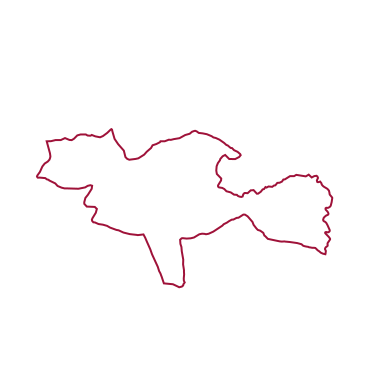 outline of Jalpatagua, Jutiapa, Guatemala, rotated 316°
{"feature_id": "79465075B35053973506085", "entity_name": "Jalpatagua", "entity_type": "district", "adm_level": 2, "iso_a3": "GTM", "parent_name": "Guatemala", "parent_adm1": "Jutiapa", "projection": "orthographic", "projection_center": [-89.986, 14.11], "detail": "fine", "context": "isolated", "style": "outline", "palette": "rose", "viewbox_px": 384, "rotation_deg": 316, "n_neighbors": 0, "source": "geoboundaries", "source_scale": "gbopen_adm2", "svg_char_len": 4558}
<svg xmlns="http://www.w3.org/2000/svg" viewBox="0 0 384 384"><g transform="rotate(316 192 192)"><path d="M204.6,133.6L203.5,133.9L199.6,132.7L196.1,131.0L193.1,131.9L187.4,131.6L183.5,131.9L176.8,130.5L174.5,129.1L169.3,125.2L168.4,123.1L168.4,121.6L168.4,120.6L171.7,114.9L172.1,106.3L173.2,100.0L177.0,92.8L177.5,92.1L177.8,91.5L177.7,90.8L177.0,90.6L172.1,90.6L166.8,89.9L163.9,88.8L161.1,84.8L159.5,81.3L158.3,81.1L157.4,80.3L156.1,78.8L155.6,76.9L151.8,73.2L148.8,71.6L144.0,71.7L141.5,71.1L140.0,69.4L138.1,65.0L133.7,63.5L130.0,59.9L125.9,57.5L122.7,54.6L116.7,65.5L114.9,68.0L113.8,68.8L112.0,69.7L109.4,69.9L105.8,69.2L102.1,69.7L96.6,71.9L92.2,72.7L91.3,73.1L91.1,73.6L91.0,74.2L91.1,74.7L92.0,75.4L93.2,76.7L96.1,80.1L96.4,82.1L97.3,83.6L97.3,84.5L99.6,90.8L99.5,94.3L101.2,98.3L102.9,101.0L104.8,102.8L112.6,110.8L118.4,114.5L121.2,115.1L123.6,116.5L124.5,118.1L122.1,120.0L115.2,121.7L111.2,122.2L107.4,124.5L106.3,125.7L106.2,129.4L111.7,135.2L111.8,138.1L110.9,138.6L108.4,140.1L102.2,141.7L100.7,142.4L100.1,143.4L100.0,145.3L101.0,146.4L102.5,150.1L105.2,153.6L107.4,157.4L108.3,160.6L111.3,166.8L112.6,168.6L114.5,173.5L118.0,179.1L122.3,184.3L123.1,185.4L127.6,188.8L126.6,192.3L125.0,196.5L122.2,204.2L120.0,209.0L115.4,222.1L113.4,226.1L112.7,228.7L111.7,230.9L111.5,231.5L108.3,238.2L114.2,245.1L115.8,249.3L116.2,250.4L116.6,251.6L119.0,253.0L120.7,253.1L121.7,252.4L123.9,252.0L124.5,250.2L125.7,248.8L126.2,248.3L129.1,245.8L130.7,243.9L131.9,242.7L135.3,237.9L138.7,234.6L143.5,227.5L146.2,224.2L147.6,221.3L150.3,218.1L152.3,218.1L153.2,218.7L155.8,221.8L158.9,224.4L161.8,226.1L167.9,227.5L170.3,229.0L172.0,230.9L172.7,232.1L175.0,233.6L179.8,235.3L190.5,237.3L192.4,237.2L195.9,238.3L198.4,238.7L201.4,239.5L202.7,240.6L206.1,241.6L207.6,242.8L213.2,243.9L214.4,245.1L215.1,248.1L215.0,250.4L214.7,255.6L213.5,258.4L213.0,263.0L213.0,265.0L214.2,267.2L214.9,270.9L213.8,273.6L214.0,274.6L214.0,278.4L219.0,285.8L221.0,288.7L222.2,290.1L224.2,291.8L224.6,292.4L227.6,295.9L232.2,301.8L234.5,305.7L234.6,307.7L235.1,308.8L236.0,310.2L236.8,311.3L237.5,312.2L237.8,313.1L238.5,313.9L239.1,314.8L239.7,315.6L240.3,316.2L241.1,317.0L241.8,317.9L241.9,319.1L241.9,320.5L241.9,321.2L242.3,323.0L242.5,325.2L243.4,327.4L244.7,329.4L245.5,328.9L246.3,328.2L247.0,327.7L247.5,327.1L247.7,326.4L247.8,325.8L248.3,325.2L249.2,324.8L249.9,324.7L250.6,324.8L251.5,324.9L252.1,324.9L252.8,324.4L253.1,323.8L253.7,323.2L254.6,322.8L255.2,322.7L256.1,322.6L256.7,322.4L257.7,322.2L258.4,322.0L258.8,321.6L259.0,320.8L259.2,319.3L259.2,314.9L259.2,314.3L259.6,313.7L260.1,313.6L260.8,314.1L261.1,314.5L261.5,315.2L262.2,315.7L263.1,315.9L264.0,315.7L264.4,315.3L264.7,314.8L266.4,310.1L267.1,307.6L267.1,306.5L267.0,305.7L266.7,305.1L266.6,304.6L266.6,303.8L267.1,303.0L267.7,302.7L268.2,302.4L268.8,302.1L269.9,302.0L270.7,302.0L271.4,302.1L272.0,302.1L272.8,302.3L273.2,302.6L273.9,302.8L274.4,302.8L275.0,302.5L275.4,301.8L275.7,301.1L275.8,300.4L275.9,299.3L275.9,298.2L275.9,297.6L276.3,296.9L276.8,296.5L277.6,296.6L278.0,297.1L278.4,297.5L279.1,298.0L280.1,298.3L280.7,298.4L281.4,298.4L282.3,298.2L285.4,296.3L288.8,293.7L289.0,293.1L289.3,289.6L289.6,289.0L290.5,287.8L291.0,286.9L291.4,286.3L291.5,285.8L291.5,284.9L291.6,284.1L291.5,283.6L291.4,283.0L290.6,280.1L290.5,279.5L290.4,278.9L290.4,277.5L290.6,276.6L290.9,276.1L291.2,275.4L291.4,273.5L290.1,272.9L289.4,272.4L289.1,271.7L289.9,270.4L292.4,269.4L293.0,267.9L292.8,266.8L291.0,265.5L288.2,264.7L288.0,260.6L284.7,259.8L278.9,252.1L276.5,251.5L273.6,248.7L267.5,247.4L266.4,246.5L264.0,247.0L261.5,246.2L259.7,244.7L256.6,245.1L255.5,244.3L253.3,244.0L250.9,241.2L248.7,240.6L248.3,239.5L245.8,239.9L244.6,239.2L241.7,239.6L238.4,239.1L237.5,238.3L237.6,233.4L235.8,232.0L235.4,231.6L231.2,231.5L229.7,229.8L229.0,229.2L227.2,229.3L225.3,230.4L224.0,229.8L222.9,228.2L222.3,226.7L222.3,225.2L220.4,223.1L219.6,219.2L217.3,215.4L217.3,212.3L216.6,210.1L214.6,207.4L214.5,206.3L215.1,205.5L215.8,205.2L220.9,203.9L222.4,202.6L222.4,200.9L222.4,196.3L224.3,193.5L227.6,190.6L230.7,189.2L234.1,188.6L235.3,187.9L238.9,187.6L241.6,188.4L241.7,194.1L245.9,198.3L250.3,199.6L252.6,199.3L253.0,198.2L252.7,194.8L251.3,191.1L251.3,188.2L250.4,187.1L250.0,183.1L249.4,182.2L249.2,179.0L248.1,173.4L246.6,169.6L245.3,167.6L244.9,165.5L242.8,160.7L240.3,157.1L237.9,154.2L237.5,151.7L237.2,151.0L236.8,150.2L236.1,149.7L233.9,148.7L230.8,148.5L226.7,146.3L220.4,144.6L215.6,141.3L213.0,139.8L211.7,138.3L207.7,136.6L204.6,133.6Z" fill="none" stroke="#9f1239" stroke-width="2"/></g></svg>